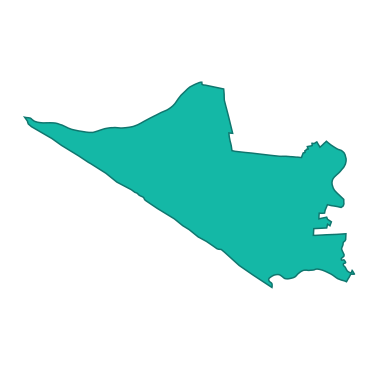 Hai Hau, Nam Định, Vietnam (Albers equal-area conic projection), rotated 83°
{"feature_id": "81297802B21970288414729", "entity_name": "Hai Hau", "entity_type": "district", "adm_level": 2, "iso_a3": "VNM", "parent_name": "Vietnam", "parent_adm1": "Nam Định", "projection": "albers", "projection_center": [106.28, 20.123], "detail": "fine", "context": "isolated", "style": "filled", "palette": "teal", "viewbox_px": 384, "rotation_deg": 83, "n_neighbors": 0, "source": "geoboundaries", "source_scale": "gbopen_adm2", "svg_char_len": 5299}
<svg xmlns="http://www.w3.org/2000/svg" viewBox="0 0 384 384"><g transform="rotate(83 192 192)"><path d="M299.9,49.6L297.7,48.0L295.6,46.3L293.2,44.7L293.0,44.3L293.0,43.6L293.2,42.0L293.3,41.3L293.3,40.9L293.2,40.8L292.3,41.2L290.0,42.2L289.4,42.6L290.3,43.1L290.9,43.4L291.2,43.7L291.3,44.0L291.4,44.4L291.4,44.8L291.2,45.2L290.5,46.2L289.8,47.0L289.1,47.6L288.2,48.0L286.7,48.6L285.5,49.0L284.9,49.4L284.2,50.0L283.7,50.4L283.3,50.6L282.5,50.7L281.9,50.5L281.5,50.3L281.4,49.8L281.3,49.0L281.1,48.4L280.9,48.2L280.6,48.1L279.6,48.4L279.1,48.7L278.4,49.1L278.0,49.3L277.9,49.5L277.8,50.1L278.0,51.2L278.0,51.4L277.9,51.7L277.8,51.9L277.3,52.0L276.5,52.0L276.0,51.6L275.3,50.6L274.8,49.8L274.3,49.1L273.9,49.0L273.4,48.8L272.9,48.7L272.1,48.9L270.3,49.5L268.1,50.2L267.2,50.4L266.8,50.4L266.1,50.3L265.2,49.9L263.7,49.0L263.2,48.8L262.5,48.5L261.4,48.3L260.6,48.0L260.4,47.9L260.1,47.6L259.3,46.3L258.7,45.8L258.0,45.3L252.2,44.3L251.7,53.5L250.8,64.2L250.6,67.4L250.1,74.9L249.8,76.7L249.8,76.8L243.2,75.6L244.1,62.7L240.5,61.4L242.2,59.3L242.3,59.2L238.6,57.3L235.6,60.8L233.4,61.4L234.1,69.3L231.2,68.9L229.0,68.4L228.5,68.3L229.0,65.5L229.1,63.0L226.1,62.0L226.0,61.9L221.1,59.1L222.5,55.4L223.0,53.5L223.5,51.7L223.6,51.4L224.3,49.1L224.7,48.1L225.5,45.9L224.6,44.1L224.3,43.7L223.5,43.2L222.4,42.7L221.7,42.6L220.9,42.6L218.9,42.4L218.4,42.3L217.8,42.3L215.6,44.1L212.2,46.9L211.3,47.7L208.5,49.8L207.2,50.6L205.1,51.4L201.7,52.0L201.1,52.0L199.6,51.9L198.2,51.5L197.5,51.2L197.2,51.1L196.5,50.7L195.7,50.1L194.8,49.2L194.4,48.8L192.4,46.1L191.8,45.2L190.6,43.5L189.4,42.1L189.2,41.9L187.4,40.0L186.1,38.5L184.3,37.2L182.9,36.3L180.4,35.4L179.4,35.2L177.9,35.0L177.1,35.1L174.9,35.4L173.8,35.5L173.4,35.7L173.1,35.8L172.0,36.1L171.4,36.5L170.6,37.1L170.4,37.3L169.9,37.8L169.4,38.2L169.2,38.5L168.9,38.8L168.7,39.2L168.6,39.5L168.1,40.4L167.6,41.6L166.8,42.8L165.8,44.1L163.9,46.4L162.0,48.6L159.8,50.8L158.0,52.4L158.2,52.7L158.9,53.5L159.5,54.5L161.5,57.1L162.7,58.9L163.1,59.5L159.6,61.1L157.5,62.0L157.7,62.6L158.5,64.2L158.7,65.1L158.6,65.5L158.6,65.8L158.5,66.2L158.4,66.4L158.3,66.7L158.2,66.9L158.3,67.0L158.5,67.0L158.8,67.0L159.2,67.0L159.7,67.0L160.0,67.0L160.4,67.0L160.6,67.1L160.8,68.9L160.9,71.1L161.0,71.8L161.0,72.0L162.4,71.7L162.9,71.5L163.3,71.4L163.5,71.4L163.6,71.5L163.6,72.1L163.5,73.0L163.7,73.3L163.8,73.4L164.0,73.5L164.3,73.6L164.5,73.8L164.7,74.4L164.8,74.9L165.0,75.0L165.4,75.0L165.8,75.0L166.5,75.0L166.7,75.4L166.7,76.1L166.7,76.5L166.8,76.8L166.9,77.0L167.6,77.3L169.6,78.4L171.1,79.1L170.9,80.3L170.6,81.6L170.4,82.3L170.1,84.2L170.0,84.8L169.7,86.0L169.2,88.3L168.8,90.7L168.6,91.3L168.3,93.0L168.1,93.8L167.9,95.0L167.8,96.2L167.5,98.2L167.5,98.8L167.4,99.6L167.2,100.8L165.2,109.4L162.2,121.7L160.6,128.2L159.2,134.6L156.8,144.6L156.7,144.8L155.8,147.3L150.8,147.4L148.1,147.7L146.1,148.0L141.5,148.3L137.9,148.2L138.7,144.5L137.7,144.6L132.8,145.2L120.9,146.6L112.7,147.7L111.4,147.9L109.1,148.2L105.2,148.7L104.2,148.7L101.8,148.5L98.9,148.2L96.6,148.1L93.6,148.0L87.6,165.6L87.5,166.2L87.3,167.0L87.2,167.6L86.4,168.9L84.2,168.9L84.1,170.3L84.4,172.0L84.5,172.2L85.2,174.9L86.0,177.3L87.5,181.3L89.1,183.8L92.3,188.0L94.6,191.1L97.7,194.2L100.2,196.4L102.3,198.3L104.2,200.6L105.6,202.8L106.9,205.3L107.2,206.0L107.7,207.2L109.3,212.8L111.4,218.5L111.9,220.0L113.6,224.7L116.1,231.2L117.4,234.3L118.7,237.8L119.7,241.9L119.9,243.3L120.1,246.4L120.1,246.6L120.1,249.5L120.0,253.0L119.8,255.1L119.2,257.8L118.6,260.6L118.5,262.8L118.3,264.8L118.3,266.6L118.4,269.0L118.5,270.7L118.6,271.4L119.2,274.6L119.9,277.9L120.6,281.7L120.8,283.2L120.6,284.5L120.3,287.0L119.7,289.6L118.2,294.7L117.6,296.9L116.2,301.0L115.2,303.7L114.8,304.5L113.5,307.0L112.1,309.1L109.7,312.9L109.0,314.6L107.7,317.1L107.0,319.0L106.5,321.2L106.0,324.3L105.5,329.1L105.4,330.1L105.3,331.3L104.6,334.4L103.9,336.9L103.0,338.9L102.3,340.1L100.7,341.8L99.5,342.8L99.0,343.4L98.4,345.1L97.9,347.5L97.4,349.0L101.6,346.7L102.7,346.6L104.5,346.2L107.6,343.4L118.5,329.0L121.8,324.6L129.8,315.9L142.5,299.9L149.9,291.3L151.5,289.1L162.9,275.2L173.0,265.4L178.2,257.9L182.3,252.0L185.4,248.7L186.2,247.0L186.9,246.3L188.8,244.8L189.8,243.3L190.8,241.6L191.7,240.6L193.1,240.2L194.3,239.6L195.6,238.2L203.6,229.0L204.2,228.3L216.5,212.8L224.3,205.3L229.0,199.4L237.4,191.3L242.8,183.7L245.6,180.5L248.9,176.8L251.3,174.2L252.0,172.8L252.6,170.0L255.8,167.0L270.7,154.1L281.8,141.6L296.5,124.3L295.6,124.0L294.7,123.9L293.9,123.8L293.2,123.8L292.6,123.9L292.2,124.1L291.7,124.5L290.9,125.4L290.1,126.1L289.5,126.4L288.9,126.5L288.3,126.6L287.6,126.3L287.1,126.0L286.6,125.4L286.5,125.1L285.8,123.9L285.1,122.4L284.5,120.7L284.3,118.9L284.3,117.9L284.3,117.4L284.5,116.3L284.8,115.3L285.3,114.6L286.2,113.5L287.4,112.3L288.5,111.3L289.1,110.6L289.6,109.2L289.8,108.0L289.9,106.9L289.8,105.3L289.6,103.3L289.4,102.0L289.1,101.0L288.9,100.4L288.5,99.6L287.8,98.7L287.6,98.5L286.2,96.9L284.5,94.1L284.2,93.5L283.4,91.3L283.3,90.0L283.4,89.0L283.6,87.5L284.0,86.2L284.1,84.8L284.1,83.6L284.2,82.4L284.2,81.1L284.2,80.4L283.9,79.5L283.7,78.4L283.7,77.5L283.9,76.4L284.5,74.4L284.8,73.7L285.5,72.0L286.7,69.8L288.0,67.7L289.3,65.7L290.2,64.3L291.6,62.5L294.9,59.0L295.1,58.7L295.8,57.9L296.6,56.4L297.6,54.5L298.8,51.5L299.9,49.6Z" fill="#14b8a6" stroke="#0f766e" stroke-width="1.5"/></g></svg>